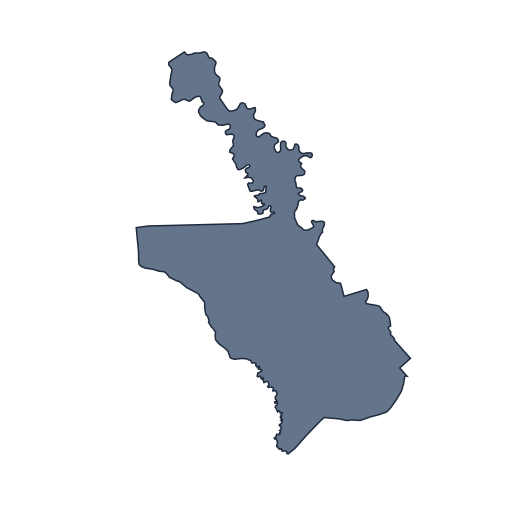 outline of Kandal Stueng, Kândal, Cambodia, rotated 49°
{"feature_id": "14789045B57201426085250", "entity_name": "Kandal Stueng", "entity_type": "district", "adm_level": 2, "iso_a3": "KHM", "parent_name": "Cambodia", "parent_adm1": "Kândal", "projection": "natural_earth1", "projection_center": [104.8, 11.397], "detail": "fine", "context": "isolated", "style": "filled", "palette": "slate", "viewbox_px": 512, "rotation_deg": 49, "n_neighbors": 0, "source": "geoboundaries", "source_scale": "gbopen_adm2", "svg_char_len": 6126}
<svg xmlns="http://www.w3.org/2000/svg" viewBox="0 0 512 512"><g transform="rotate(49 256 256)"><path d="M156.0,327.8L175.9,342.0L182.8,347.9L185.5,349.7L187.4,349.7L189.3,349.2L192.4,347.6L198.7,342.3L204.1,339.0L207.6,335.6L210.8,335.0L215.3,335.3L222.4,332.3L225.6,330.4L234.3,329.1L246.6,324.3L250.8,325.0L257.0,325.1L262.5,329.4L267.0,332.2L271.0,332.3L271.7,333.0L273.7,333.5L274.8,335.3L279.9,336.2L281.9,336.0L287.1,336.5L288.8,338.7L292.7,341.5L298.6,341.5L305.0,340.0L309.5,339.6L315.2,342.0L316.8,342.0L320.0,339.8L323.8,334.2L327.8,330.3L329.6,329.8L331.0,328.6L334.2,329.3L335.9,327.0L337.3,326.7L338.5,328.2L339.4,327.8L340.5,328.1L341.1,327.5L341.4,325.9L342.1,326.3L342.4,328.3L343.2,328.3L344.3,327.0L346.3,326.7L346.5,327.5L345.5,331.4L347.5,334.0L348.6,333.8L349.4,331.8L350.2,331.5L351.7,332.7L352.5,332.4L352.8,330.5L353.5,330.8L353.9,331.9L356.8,333.1L357.6,329.9L358.7,329.5L361.3,330.2L362.3,333.0L363.4,332.8L364.8,330.5L365.6,330.0L367.0,329.5L367.9,329.9L368.2,331.3L368.9,331.8L370.6,329.6L371.4,329.6L374.2,330.8L374.8,332.5L374.8,333.8L376.9,335.3L379.8,335.3L379.5,336.2L378.7,336.8L378.4,337.8L379.3,338.2L381.2,336.5L382.1,337.4L382.0,339.7L382.9,340.8L383.8,340.7L387.8,342.0L388.0,340.1L389.2,340.1L390.1,340.7L391.7,339.2L391.8,340.5L392.3,341.3L393.1,342.2L393.6,341.6L394.0,342.5L393.3,343.0L394.1,343.6L395.9,343.5L396.1,344.8L397.2,343.8L397.3,345.1L398.1,344.9L398.8,345.5L398.9,347.5L399.5,348.0L398.6,348.8L399.0,349.5L402.6,349.6L403.3,351.4L403.1,352.7L404.2,352.6L404.8,353.1L404.9,354.3L406.2,354.6L405.8,355.9L404.1,357.2L405.0,358.8L405.5,360.7L405.4,361.7L406.3,361.9L406.9,360.7L407.5,361.2L409.4,361.1L409.9,361.9L411.4,362.5L412.3,364.3L413.5,365.4L414.1,364.8L416.3,365.4L418.0,364.2L418.2,363.4L420.0,364.3L421.1,363.8L421.2,362.7L423.0,361.4L423.7,361.2L425.3,362.2L426.4,361.7L426.8,353.2L424.4,335.1L422.6,314.3L422.6,310.6L433.7,299.9L438.9,296.1L440.7,294.2L442.0,291.9L448.5,285.2L452.8,274.4L455.5,269.3L458.9,261.3L459.4,259.3L459.0,254.4L456.3,243.5L453.4,234.9L449.1,228.3L444.4,222.7L444.6,221.9L445.8,220.9L434.8,221.0L434.6,206.6L410.3,206.9L409.9,206.1L408.2,205.7L403.2,206.0L402.0,204.2L397.8,203.8L396.5,202.5L397.2,200.5L395.9,199.4L390.3,195.9L387.3,195.3L384.5,195.6L381.6,196.5L375.1,195.7L372.7,197.2L364.5,203.9L362.6,203.5L361.5,200.1L359.9,197.6L356.6,195.1L353.8,194.6L344.2,216.0L332.1,210.1L331.4,210.3L329.2,212.8L324.2,214.1L321.1,213.0L320.1,211.5L318.9,207.1L316.8,206.3L315.7,203.7L287.1,202.8L282.7,194.8L281.8,192.3L281.7,190.1L280.1,189.1L279.0,187.6L277.6,184.3L275.5,182.3L273.2,183.1L270.0,187.5L268.9,188.6L266.5,189.6L266.1,190.5L266.7,191.8L271.2,192.7L271.7,193.7L271.8,195.1L270.6,199.1L270.0,200.5L268.3,202.3L267.3,203.0L264.4,203.1L260.1,204.2L252.4,201.8L247.9,198.0L247.2,194.4L244.5,190.1L242.7,188.2L242.8,185.7L244.7,183.9L245.0,181.1L244.0,180.6L242.0,181.0L239.1,183.2L236.8,183.2L236.6,181.9L237.5,178.8L236.9,177.5L234.5,177.4L231.4,180.3L230.5,180.3L226.9,177.9L224.0,176.8L222.2,174.2L222.2,172.6L225.3,168.4L226.0,166.4L225.2,164.6L223.9,163.5L218.7,164.0L217.4,163.4L216.4,162.0L216.2,160.9L212.5,161.6L211.5,161.0L211.0,159.1L211.4,155.6L212.0,154.1L213.5,152.0L217.6,150.4L217.8,149.0L217.1,147.6L215.6,146.6L214.3,146.9L211.3,150.2L210.1,152.8L207.6,154.5L204.7,154.4L201.6,151.9L200.0,151.4L198.2,151.9L197.2,153.2L199.1,156.2L199.8,158.1L199.0,160.1L197.9,161.3L196.3,161.9L192.8,161.7L190.2,159.1L188.2,159.1L186.6,160.8L186.7,162.9L189.1,165.4L191.5,167.1L192.7,169.0L192.7,170.9L191.6,172.2L189.5,172.3L185.9,171.2L184.2,168.7L184.5,164.1L182.8,163.0L181.2,162.8L176.3,165.8L174.9,166.0L173.1,165.4L171.4,165.9L169.5,167.7L168.4,169.8L168.0,175.1L167.1,176.8L165.3,176.7L163.6,175.5L162.8,173.5L162.4,171.4L164.0,166.7L164.1,165.0L163.3,163.5L159.6,162.5L154.7,166.0L152.4,167.0L150.7,166.8L148.7,166.1L147.4,164.5L146.6,162.1L145.5,160.6L143.4,159.3L142.7,160.3L141.7,163.1L139.9,165.5L138.3,165.8L134.0,164.5L132.1,165.3L131.2,166.2L130.6,167.5L132.6,173.2L132.6,174.5L131.7,177.5L130.4,179.8L128.7,181.0L126.4,181.4L113.1,179.8L112.2,179.1L110.6,174.2L108.8,172.5L102.6,171.9L101.1,170.9L99.6,167.9L97.6,166.4L92.1,167.1L89.9,166.5L86.7,163.8L84.1,159.6L83.0,158.9L78.3,159.3L77.0,160.0L76.3,161.0L75.1,161.2L70.7,160.0L69.2,160.4L67.9,161.2L65.7,165.5L62.3,169.4L61.6,172.2L59.5,175.5L58.6,176.1L55.0,176.2L52.6,194.2L52.9,195.2L54.9,196.6L57.0,196.4L60.5,197.1L63.5,201.4L69.5,208.3L71.2,209.0L75.5,209.1L77.0,210.1L78.7,213.2L82.4,217.3L86.1,216.6L87.6,215.9L89.0,212.2L89.7,208.8L90.4,207.7L91.4,206.8L94.5,205.4L95.7,204.3L96.2,198.1L96.9,195.8L98.5,193.8L99.6,193.6L104.8,195.6L105.8,195.0L106.7,195.4L107.2,196.0L107.6,197.8L107.0,199.9L108.3,203.7L110.0,204.9L113.4,205.8L115.9,205.8L121.7,204.4L128.2,198.7L132.3,198.6L135.7,195.1L138.0,190.7L139.2,189.7L141.3,190.1L142.5,192.0L142.8,193.0L141.9,195.6L141.9,196.7L142.1,197.6L143.5,198.6L145.1,198.8L147.1,195.6L149.1,193.7L150.3,193.5L151.6,194.1L153.4,197.4L154.7,198.7L156.7,199.6L157.9,200.9L158.8,206.0L160.3,207.7L164.5,205.7L165.7,206.1L167.4,210.0L173.9,211.0L175.8,212.2L178.8,212.9L180.1,211.8L181.4,207.4L181.4,203.4L182.0,201.9L182.8,201.2L183.5,201.4L184.4,202.3L184.6,203.2L183.8,204.9L183.7,206.5L184.3,207.9L186.4,208.8L188.8,208.1L189.4,209.3L189.8,213.2L190.7,211.9L191.2,210.1L192.8,209.5L193.9,208.2L197.5,208.7L198.2,209.5L198.5,210.8L197.1,212.8L196.0,213.5L196.2,214.7L196.7,215.5L202.7,217.8L203.5,217.7L204.7,216.3L207.3,211.0L210.6,209.5L211.1,208.6L211.3,207.5L208.9,203.9L210.1,202.7L214.4,207.0L213.3,209.6L211.4,212.2L211.5,214.7L209.5,217.6L210.0,218.2L213.5,217.3L216.5,218.9L216.9,218.2L217.2,215.5L218.8,216.0L219.6,217.1L221.1,217.0L221.8,215.7L222.9,215.9L222.7,218.5L220.8,222.8L217.3,225.1L217.9,225.9L219.6,226.5L223.5,225.7L225.1,226.7L226.0,226.6L227.8,224.4L228.2,222.5L226.7,221.3L226.2,219.9L227.6,217.4L227.8,216.0L226.7,213.4L227.3,212.5L228.4,212.3L229.4,212.9L230.4,214.8L232.1,216.0L232.8,215.9L234.1,213.8L235.1,213.4L236.0,214.0L234.6,216.5L234.5,218.0L234.9,219.0L235.7,219.6L229.0,233.4L222.6,245.1L162.7,317.6L156.0,327.8Z" fill="#64748b" stroke="#1e293b" stroke-width="1.5"/></g></svg>